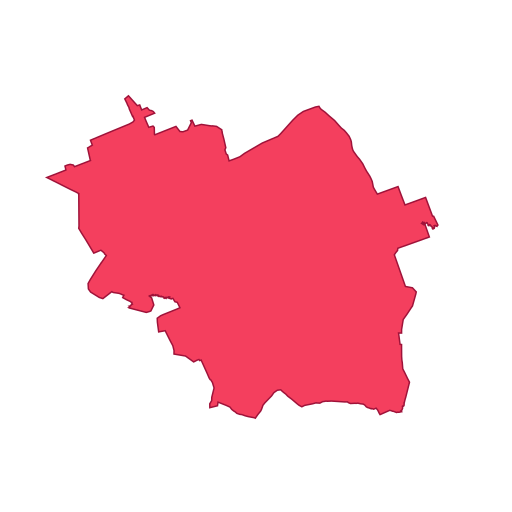 Balgales pag., Talsi, Latvia, rotated 346°
{"feature_id": "27541924B95620316130536", "entity_name": "Balgales pag.", "entity_type": "district", "adm_level": 2, "iso_a3": "LVA", "parent_name": "Latvia", "parent_adm1": "Talsi", "projection": "mercator", "projection_center": [22.867, 57.183], "detail": "fine", "context": "isolated", "style": "filled", "palette": "rose", "viewbox_px": 512, "rotation_deg": 346, "n_neighbors": 0, "source": "geoboundaries", "source_scale": "gbopen_adm2", "svg_char_len": 5918}
<svg xmlns="http://www.w3.org/2000/svg" viewBox="0 0 512 512"><g transform="rotate(346 256 256)"><path d="M145.1,292.5L144.3,296.4L143.2,306.1L149.8,306.5L152.2,317.3L153.6,322.9L153.6,327.9L152.7,331.3L163.4,336.0L169.9,343.7L173.7,342.8L175.6,342.6L176.1,343.9L177.6,343.7L180.3,358.5L181.0,362.9L181.6,364.8L182.2,365.3L183.1,368.2L183.4,373.9L178.9,382.4L178.0,385.6L175.4,388.2L174.5,392.0L182.4,392.0L183.8,388.6L190.8,393.6L194.2,396.3L195.3,398.9L196.9,401.0L198.2,402.3L199.3,404.0L201.9,405.7L204.0,406.5L206.8,408.4L209.5,409.9L215.2,412.5L216.1,413.2L219.4,410.3L223.0,407.6L224.2,406.2L225.8,403.8L226.5,402.6L229.1,400.6L237.3,395.5L240.3,392.9L244.2,391.4L247.6,391.8L248.4,393.1L249.8,395.1L251.5,397.2L252.9,399.7L256.2,403.8L260.2,409.4L261.6,411.2L264.0,413.4L267.1,412.7L275.2,413.1L278.9,413.0L279.0,413.2L282.4,414.2L285.6,413.4L286.5,413.6L288.7,413.7L290.1,414.2L294.1,415.0L306.6,419.0L309.5,419.7L310.1,420.6L312.0,422.0L316.7,422.9L317.3,423.2L319.2,423.4L321.5,424.6L324.3,425.7L325.6,427.1L326.5,429.0L327.7,430.1L329.0,430.8L330.9,432.2L331.4,432.0L333.1,433.1L335.7,432.7L336.8,434.9L337.6,438.7L338.0,439.9L348.4,438.1L350.0,438.9L350.6,439.5L351.7,439.9L354.6,441.9L355.6,441.8L356.8,442.2L359.6,442.3L359.1,441.3L360.2,440.9L360.7,440.2L361.4,439.2L361.7,437.7L361.7,437.2L361.8,437.1L362.5,437.4L362.8,437.3L362.9,437.1L363.2,437.1L363.4,436.9L363.8,435.9L363.8,435.4L364.2,434.7L364.2,434.2L364.5,434.0L365.8,431.5L367.2,429.1L374.4,415.6L373.4,411.5L372.1,405.3L371.1,401.0L372.2,394.5L372.2,393.9L372.4,392.0L373.0,388.7L375.8,377.1L374.4,376.6L375.7,365.2L378.6,366.0L379.5,362.5L383.5,353.2L388.2,349.2L394.4,343.5L395.7,342.4L401.9,331.5L402.8,329.6L400.1,324.7L393.6,321.7L390.5,288.3L392.5,286.5L394.7,284.9L394.8,284.4L395.5,282.8L428.8,279.5L427.6,266.4L426.3,266.3L424.8,264.6L424.7,264.5L425.1,264.4L425.2,263.9L425.7,263.7L425.9,263.4L426.5,264.0L427.0,264.1L426.7,264.5L427.0,264.9L427.5,264.7L427.7,264.9L427.6,265.1L427.1,265.3L426.9,265.5L427.7,265.9L429.0,265.2L429.4,265.2L429.6,264.9L429.9,264.9L430.1,265.1L430.3,266.2L430.5,266.6L430.6,267.3L430.4,267.6L430.5,268.0L430.8,268.3L431.2,268.4L431.4,267.8L431.6,267.8L431.7,267.6L432.1,267.5L432.5,267.8L432.6,268.2L432.8,268.5L433.0,268.9L432.9,269.2L433.8,270.1L433.8,271.0L434.0,271.4L434.5,271.4L434.6,271.8L434.4,272.0L433.9,272.2L434.1,272.6L434.4,272.6L435.7,272.2L436.4,270.7L436.3,270.4L436.1,269.9L436.1,269.7L437.2,269.6L437.8,270.2L438.1,270.6L438.8,271.0L439.0,270.5L440.0,270.0L438.0,260.4L436.9,260.0L434.7,240.2L412.9,242.5L411.6,231.9L410.6,223.0L388.7,225.3L387.3,220.7L386.7,218.5L386.5,217.5L386.8,211.8L386.3,208.7L385.7,206.0L383.8,200.5L382.9,197.1L381.9,192.4L379.9,187.2L378.3,184.1L376.0,178.3L375.6,176.8L375.5,174.7L375.6,171.9L376.1,168.4L376.1,167.8L376.0,165.9L375.3,162.3L373.5,158.3L372.0,155.4L369.8,152.6L368.0,149.3L365.0,143.5L360.8,137.7L357.9,133.3L354.9,129.7L354.2,128.6L353.7,127.4L353.3,126.0L349.6,125.8L336.9,127.2L330.6,129.5L324.7,133.0L309.5,143.3L306.3,145.2L289.4,147.9L269.8,153.6L264.4,155.8L257.8,156.7L252.9,157.2L252.9,151.2L251.8,149.8L251.5,145.5L252.9,143.6L253.1,134.8L253.0,128.0L253.2,127.8L253.2,125.4L253.3,125.2L249.1,120.7L245.5,119.3L243.8,118.9L234.8,115.1L228.1,115.2L226.8,108.7L225.2,108.9L225.5,111.0L220.1,117.3L215.1,117.8L212.3,116.8L209.7,110.9L187.2,113.9L186.9,113.4L188.4,106.6L187.5,105.0L183.1,105.2L182.0,98.7L181.4,94.5L192.2,92.9L191.3,91.0L189.9,89.7L187.9,88.8L186.2,85.7L180.4,86.6L180.3,85.9L179.7,81.3L177.2,81.4L171.0,69.7L166.7,71.8L167.8,76.9L167.8,77.4L168.0,78.5L168.7,81.3L168.6,82.5L170.0,90.7L170.4,90.6L170.9,94.5L170.9,94.8L169.0,96.2L165.0,97.3L148.1,99.8L139.5,101.1L123.4,103.6L124.0,108.8L118.7,110.4L118.4,122.7L118.5,123.3L103.3,125.2L101.5,125.4L101.3,124.9L101.2,124.5L100.7,123.5L97.8,122.1L94.9,122.1L92.4,122.5L92.4,126.0L92.3,126.6L72.0,129.2L92.1,146.5L96.7,150.3L99.2,152.6L98.8,153.4L98.9,153.5L91.5,184.1L90.7,186.3L92.2,191.3L94.7,198.8L99.3,214.0L106.4,212.9L107.0,213.0L108.9,215.5L109.5,216.5L109.6,217.4L110.0,217.9L110.9,219.3L104.0,225.4L103.8,225.4L103.6,225.7L97.0,231.6L89.8,238.5L86.4,242.1L85.4,247.4L85.5,247.7L86.8,251.0L93.9,258.3L97.1,260.3L107.5,255.7L108.2,256.5L108.7,256.9L113.6,258.9L115.0,259.7L117.3,261.5L118.3,262.1L116.6,264.1L119.9,267.2L122.8,269.5L124.1,271.1L124.3,271.1L124.2,271.7L124.3,271.9L124.3,272.0L123.9,272.5L123.5,272.8L123.7,273.0L123.3,273.0L123.0,273.3L122.5,273.8L122.4,273.8L122.1,274.0L121.1,274.0L121.3,274.2L121.2,274.4L120.9,274.4L120.7,274.8L120.8,274.9L120.5,275.1L120.6,275.4L120.5,275.5L120.2,275.5L120.5,275.8L135.9,284.2L139.3,284.1L140.7,283.9L145.0,278.8L144.6,271.4L142.7,269.1L142.8,268.9L143.1,269.1L143.3,268.8L144.0,268.9L144.5,268.8L144.7,269.3L145.2,269.2L145.1,268.9L145.3,268.9L145.5,269.3L146.0,269.5L146.3,269.3L146.0,269.1L146.3,268.8L146.1,268.5L146.6,268.4L146.7,268.7L146.6,268.8L146.8,269.4L147.0,269.2L147.5,269.7L147.8,269.6L147.8,269.4L148.1,269.7L148.7,270.1L149.0,269.7L149.0,269.4L149.2,269.2L149.4,269.2L149.6,269.5L149.4,269.6L150.1,270.1L150.2,270.4L150.4,270.6L150.7,270.5L151.0,270.0L151.4,270.2L151.6,270.4L151.8,270.5L151.6,271.2L151.8,271.2L151.7,271.5L151.8,271.7L152.3,271.7L152.9,272.0L153.2,271.9L153.5,272.1L153.4,272.3L153.6,272.4L153.9,272.2L154.3,272.1L154.7,272.3L155.1,272.7L155.0,273.0L155.4,273.1L155.9,273.1L156.5,273.6L156.5,273.8L156.8,274.1L156.6,274.4L157.0,274.5L157.1,274.8L157.3,274.7L157.3,274.9L157.5,275.0L157.9,274.6L158.1,274.5L158.2,274.9L159.1,274.5L159.3,274.6L159.3,274.9L159.5,274.7L159.8,275.0L160.3,274.9L160.5,275.1L160.5,274.8L160.8,274.6L160.9,274.8L161.3,274.8L161.5,275.1L161.7,274.9L161.6,274.6L161.9,274.6L162.3,274.8L162.1,275.0L162.2,276.1L162.1,276.3L162.4,276.4L162.9,276.9L163.1,276.9L163.4,277.2L163.9,277.0L165.1,277.0L166.3,280.8L168.4,281.9L169.7,287.8L166.2,288.4L151.8,290.4L149.0,290.9L145.1,292.5Z" fill="#f43f5e" stroke="#9f1239" stroke-width="1.5"/></g></svg>